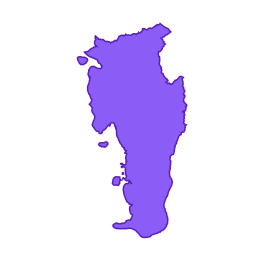 East Santo, Sanma, Vanuatu (Mercator projection), rotated 186°
{"feature_id": "77236927B80852571944001", "entity_name": "East Santo", "entity_type": "district", "adm_level": 2, "iso_a3": "VUT", "parent_name": "Vanuatu", "parent_adm1": "Sanma", "projection": "mercator", "projection_center": [167.067, -15.142], "detail": "fine", "context": "isolated", "style": "filled", "palette": "violet", "viewbox_px": 256, "rotation_deg": 186, "n_neighbors": 0, "source": "geoboundaries", "source_scale": "gbopen_adm2", "svg_char_len": 5886}
<svg xmlns="http://www.w3.org/2000/svg" viewBox="0 0 256 256"><g transform="rotate(186 128 128)"><path d="M179.2,198.9L176.4,196.5L173.9,195.1L172.6,194.7L171.5,194.7L170.7,194.0L168.7,193.9L167.8,193.1L167.2,193.2L165.2,192.2L165.2,191.4L164.1,189.7L163.6,189.3L162.8,189.5L161.4,187.9L161.3,187.3L160.7,187.2L160.4,185.9L161.0,184.7L162.1,184.0L165.0,184.3L168.2,185.7L170.8,185.3L172.1,183.7L173.1,181.2L173.0,179.6L173.4,178.0L173.0,176.4L171.7,175.3L172.2,175.1L171.8,174.4L170.9,174.3L170.8,174.0L171.5,173.4L171.0,171.5L171.3,171.3L171.3,169.6L172.5,164.7L172.1,161.3L170.4,157.7L169.5,156.9L168.0,153.4L166.9,152.9L167.5,149.4L168.8,147.9L168.9,147.3L167.8,146.8L165.6,144.3L165.8,142.0L165.3,140.1L163.7,138.3L163.3,138.1L163.3,137.7L162.1,135.9L162.4,133.0L163.0,131.6L163.9,127.7L163.7,126.6L159.3,121.8L158.4,121.5L156.6,121.4L156.1,119.7L154.5,119.5L153.7,119.9L153.6,120.6L153.1,121.0L153.2,121.7L152.5,122.9L151.0,124.0L149.8,125.5L148.1,128.7L147.2,128.8L147.0,128.2L146.4,128.1L145.9,129.7L146.1,130.6L145.1,131.4L143.6,131.6L142.8,131.4L141.8,130.6L141.8,129.9L141.3,129.3L141.5,128.7L140.3,128.2L140.5,127.2L140.0,127.0L140.2,126.1L139.5,125.5L138.4,119.5L137.7,117.9L136.6,116.7L136.1,114.9L135.2,114.1L134.7,112.7L133.4,111.3L132.7,110.9L131.9,109.0L130.4,108.2L129.9,107.4L129.6,107.6L129.5,106.4L128.5,105.8L128.5,105.2L127.4,105.3L127.8,104.2L127.6,103.5L129.1,102.5L127.2,102.8L126.4,101.9L126.9,101.0L127.2,97.6L126.4,96.0L126.6,94.8L125.9,94.4L126.3,93.8L126.2,92.4L126.6,91.4L127.2,91.1L129.0,91.2L128.7,90.4L130.6,88.7L130.3,88.1L129.8,88.0L129.1,89.0L128.7,89.1L128.2,88.8L127.3,88.9L126.6,88.1L126.1,86.5L126.4,85.9L126.3,85.1L125.7,84.3L125.9,83.6L125.3,81.9L125.5,81.3L124.4,80.0L124.7,78.4L125.2,77.6L125.9,77.3L125.6,76.2L123.8,75.3L122.2,75.9L121.9,75.6L121.1,75.8L119.4,74.1L119.3,73.5L118.2,72.9L121.2,74.4L121.6,74.0L122.1,72.7L124.0,72.5L124.7,72.1L125.5,71.0L126.2,69.2L126.3,65.8L125.5,63.7L125.6,63.1L124.2,59.8L123.8,59.5L123.5,58.3L121.3,54.5L119.1,53.3L119.0,52.6L117.5,52.3L116.3,52.4L115.8,51.9L116.3,51.2L117.8,50.3L118.1,48.5L117.6,46.0L116.5,43.2L115.8,42.6L114.7,42.2L114.4,41.4L115.0,38.9L115.2,38.2L116.0,37.7L115.8,36.7L116.7,36.4L118.0,36.5L120.2,35.4L120.1,34.8L121.7,33.0L123.0,32.9L123.5,32.5L124.2,32.7L126.0,31.7L129.5,32.3L130.3,32.1L132.6,30.3L132.6,28.6L130.6,27.2L128.6,26.8L120.4,27.5L116.1,28.5L113.8,28.4L110.1,27.2L106.1,23.9L104.4,22.0L102.2,20.8L99.6,20.9L96.1,21.8L95.5,22.3L94.7,22.2L93.1,24.2L87.2,26.8L86.0,27.9L85.2,27.7L84.6,28.8L82.4,30.2L81.2,31.5L79.8,33.9L78.7,37.7L79.0,42.4L79.8,43.9L80.9,47.5L82.2,49.3L82.7,51.4L83.6,52.4L84.4,55.6L83.3,60.8L82.5,63.6L82.1,63.7L81.7,64.9L81.1,68.8L78.5,76.1L78.5,77.5L78.2,78.6L79.3,81.7L80.7,83.2L81.9,85.8L82.2,89.5L81.7,92.1L82.0,94.4L81.8,96.2L82.1,97.4L81.8,98.7L82.2,99.8L83.0,100.8L82.9,104.2L82.6,105.0L80.7,106.5L80.1,106.6L79.5,109.6L79.6,111.8L79.3,113.6L79.6,114.6L79.2,114.8L79.3,115.6L78.1,117.9L78.6,118.4L77.9,119.8L76.4,125.9L74.5,127.0L74.6,128.3L74.3,129.1L71.9,130.0L71.2,132.2L71.5,133.4L71.1,134.5L71.4,136.3L70.4,137.2L73.0,138.3L73.3,139.2L72.9,140.9L73.4,142.3L72.9,143.9L73.7,145.7L72.8,146.7L73.6,147.6L73.6,149.4L75.3,149.8L74.7,150.6L73.4,150.8L72.7,151.4L72.4,153.9L73.0,155.4L72.4,155.6L72.4,156.3L71.9,156.8L75.5,160.3L75.6,162.8L75.3,164.1L74.8,164.5L74.8,166.1L75.7,166.2L75.6,166.8L76.5,167.9L75.7,169.2L75.4,170.8L76.7,172.3L76.6,173.0L77.1,173.5L76.9,174.3L78.0,174.9L78.2,176.0L77.7,176.8L78.2,179.6L79.3,182.4L78.2,184.1L80.6,184.9L82.0,184.5L84.3,181.1L84.9,180.9L85.4,180.3L86.3,180.3L86.3,179.6L87.4,178.7L88.2,176.9L89.4,175.9L90.2,176.4L90.7,176.1L91.8,177.1L93.1,176.3L95.0,177.6L94.5,178.2L93.5,178.5L93.2,179.5L94.7,181.0L95.9,181.6L97.5,183.1L98.9,185.7L100.6,186.4L100.6,189.7L101.5,190.7L101.0,191.5L103.7,194.6L103.5,196.0L103.7,197.3L103.5,197.9L103.9,201.4L104.2,202.3L105.1,202.5L105.7,206.0L105.3,206.5L105.6,207.0L104.0,207.6L102.9,209.1L102.4,209.8L102.0,212.3L100.9,213.2L100.7,214.3L99.7,215.4L101.6,216.7L101.2,217.5L102.5,218.5L102.8,219.7L103.6,219.9L104.6,220.8L103.6,221.3L103.1,222.1L101.7,222.4L100.3,224.2L98.9,224.9L95.5,228.1L96.9,229.2L98.1,230.7L102.7,232.5L107.0,235.2L107.1,234.8L108.2,233.8L109.7,233.9L110.3,233.1L110.9,233.0L111.2,232.7L111.1,232.2L111.7,232.1L112.4,231.3L113.3,230.9L114.2,229.7L115.3,229.4L115.9,229.8L117.5,229.4L119.9,227.4L121.9,228.5L123.9,228.3L124.1,227.9L123.5,226.8L123.8,226.2L124.6,225.6L124.7,224.9L125.3,224.7L125.8,223.8L126.8,223.4L127.5,224.2L127.9,223.0L128.9,222.8L129.6,221.8L130.2,221.9L130.7,222.4L132.5,222.3L135.3,220.3L136.9,220.6L138.9,220.3L140.2,221.0L140.6,220.0L141.7,219.1L142.6,219.8L143.6,219.4L144.4,219.5L146.7,217.9L146.7,217.1L148.4,213.6L150.0,213.8L150.3,213.0L151.1,213.0L151.6,212.2L153.0,211.8L154.1,210.8L155.7,211.8L156.3,211.6L157.4,212.0L159.4,211.6L162.0,213.4L164.0,213.1L164.7,213.4L166.7,213.2L167.1,214.2L169.0,215.1L169.8,216.2L170.2,216.0L170.1,214.3L169.3,212.6L170.1,211.2L170.1,208.4L169.1,206.7L168.4,206.7L167.5,205.8L168.7,205.9L169.4,205.0L170.6,204.8L171.2,203.9L172.9,203.2L175.6,200.1L179.2,198.9ZM184.8,193.4L185.4,192.9L185.6,192.1L185.0,190.3L182.8,187.0L181.3,186.1L179.1,186.5L176.6,188.1L175.3,190.8L175.2,191.4L176.0,192.7L178.5,193.8L181.0,193.6L183.2,194.0L184.8,193.4ZM129.1,75.5L130.6,76.1L131.1,78.4L135.4,78.1L136.7,77.0L137.4,75.5L137.7,71.2L136.5,69.9L135.5,69.8L133.1,70.2L132.1,69.7L131.1,70.5L130.9,71.7L130.5,72.1L130.7,74.0L130.1,75.0L129.1,75.5ZM147.4,107.9L146.3,109.9L146.8,111.4L148.0,111.9L151.3,110.7L154.3,110.3L155.0,109.8L155.5,108.4L154.5,107.4L152.1,106.5L151.4,107.1L149.6,106.5L148.5,106.8L147.4,107.9ZM129.6,91.5L130.1,92.2L131.5,91.9L131.1,91.1L130.2,91.1L129.6,91.5ZM127.6,81.9L128.0,83.0L128.5,83.2L128.8,82.9L128.9,81.6L128.5,81.4L127.6,81.9ZM126.9,77.4L126.9,77.8L127.5,78.0L128.1,77.1L127.7,76.8L126.9,77.4Z" fill="#8b5cf6" stroke="#5b21b6" stroke-width="1.5"/></g></svg>